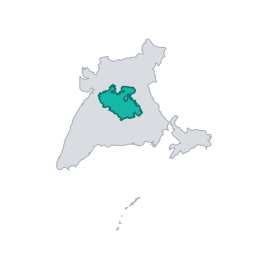 Madhya Pradesh on a map of India (Robinson projection), rotated 41°
{"feature_id": "IND-3261", "entity_name": "Madhya Pradesh", "entity_type": "State", "adm_level": 1, "iso_a3": "IND", "parent_name": "India", "parent_adm1": "", "projection": "robinson", "projection_center": [78.282, 23.967], "detail": "fine", "context": "in_parent", "style": "filled", "palette": "teal", "viewbox_px": 256, "rotation_deg": 41, "n_neighbors": 0, "source": "natural_earth", "source_scale": "10m", "svg_char_len": 9230}
<svg xmlns="http://www.w3.org/2000/svg" viewBox="0 0 256 256"><g transform="rotate(41 128 128)"><path d="M54.1,111.8L57.0,111.2L57.3,109.1L62.5,110.0L66.0,108.5L67.2,109.6L68.9,108.6L67.0,101.1L65.0,100.9L64.2,99.7L64.5,96.1L61.3,94.7L61.5,92.5L66.0,87.1L67.9,89.0L73.4,87.5L75.8,82.8L78.6,81.2L81.1,75.9L83.3,74.9L83.8,72.9L87.5,69.3L86.9,68.4L87.1,64.7L91.0,62.4L90.5,61.4L87.8,60.7L87.7,59.1L86.2,59.1L86.0,57.8L84.5,56.6L85.2,54.7L84.4,53.4L85.8,52.1L84.1,51.3L84.4,50.4L83.5,49.6L84.4,47.9L86.1,47.3L93.0,48.8L97.4,47.4L103.3,43.0L104.5,43.0L104.4,44.4L105.9,48.2L109.1,50.0L107.9,51.7L108.3,54.8L109.9,56.7L110.4,60.7L108.9,61.5L107.8,60.1L106.2,60.6L108.0,63.9L108.0,67.6L109.8,67.2L111.8,69.6L115.1,70.8L115.3,72.1L119.4,74.5L116.4,77.1L114.7,82.4L123.7,88.1L127.9,89.2L128.2,90.1L131.0,91.0L135.1,90.3L137.7,91.4L138.1,93.0L140.9,94.7L142.6,94.2L143.8,95.6L154.9,96.9L155.7,94.8L154.8,92.4L155.5,87.6L157.6,86.7L158.8,87.3L158.6,90.1L159.3,91.3L158.6,92.2L160.7,94.3L163.8,95.0L166.8,93.9L168.8,94.6L175.1,94.1L175.5,91.5L173.0,89.9L173.1,88.7L177.7,88.0L181.1,83.6L183.7,83.0L187.9,79.5L191.8,81.2L194.9,78.7L196.6,79.9L195.5,80.9L195.6,81.8L197.0,81.1L197.8,82.8L196.4,84.9L198.0,84.6L201.7,86.0L201.9,87.7L199.6,89.7L200.9,92.5L199.0,91.3L196.2,91.7L191.0,95.6L191.2,98.9L188.5,103.2L189.2,104.8L186.5,111.7L182.4,110.6L182.7,116.1L181.7,116.7L181.7,121.4L180.5,122.9L179.5,122.0L178.8,122.9L176.9,112.8L175.3,112.8L173.8,117.0L172.8,115.7L172.2,116.3L171.4,113.4L172.4,110.4L175.0,109.8L176.1,108.6L176.7,105.8L177.9,105.4L175.7,104.0L167.5,104.1L164.4,103.3L164.3,99.5L163.4,97.9L162.9,99.1L162.0,99.1L160.1,96.7L159.2,97.6L156.8,95.8L157.2,96.9L155.4,99.8L159.9,103.5L157.4,103.9L155.3,107.3L158.9,109.3L158.2,112.9L159.0,115.4L160.0,115.8L160.8,124.8L159.8,124.3L159.3,125.3L158.7,122.1L158.4,124.8L156.9,124.2L156.1,125.0L156.4,122.0L155.1,120.6L156.2,122.1L155.2,123.8L150.9,125.8L149.6,127.3L150.3,130.5L149.2,132.8L147.3,134.6L146.6,134.3L146.5,135.3L143.2,136.5L142.8,135.3L141.5,136.1L141.2,137.0L142.5,136.8L139.1,139.8L135.7,144.7L126.7,151.8L126.2,155.0L123.7,156.4L121.2,156.3L119.6,159.7L117.9,158.9L116.1,160.0L114.9,163.8L116.2,173.2L115.4,171.8L114.9,172.5L116.4,173.9L113.0,186.0L113.9,186.7L113.8,191.9L111.1,192.3L109.1,196.4L109.6,197.8L111.6,198.6L109.3,198.1L106.4,199.1L105.2,200.4L104.6,203.4L101.7,205.2L99.4,203.8L96.7,200.3L95.5,197.1L95.1,194.2L96.2,196.6L95.6,194.3L92.4,185.8L88.4,178.6L85.5,167.2L83.3,163.8L82.7,160.3L81.9,160.0L80.2,155.6L77.9,142.7L78.6,140.4L78.4,139.6L77.7,140.7L77.5,140.1L77.6,138.8L78.5,138.9L77.5,138.4L76.9,135.6L78.1,130.7L76.7,126.5L77.3,125.9L76.7,126.0L79.3,124.3L76.3,124.6L77.2,123.0L76.2,122.9L76.4,121.9L77.7,121.4L74.5,121.2L75.0,122.3L73.8,123.8L74.9,125.6L73.6,127.8L68.5,130.3L65.7,129.7L58.1,121.1L58.5,120.2L59.7,121.1L64.3,119.4L65.9,116.4L61.7,118.3L59.5,117.8L56.5,115.8L55.4,113.5L57.3,111.8L54.5,113.4L54.1,111.8ZM180.7,184.7L179.7,182.7L181.0,180.6L181.3,173.9L182.3,172.8L181.5,176.4L182.0,178.8L181.4,179.4L180.7,184.7ZM186.7,210.2L186.8,213.0L185.9,211.5L186.7,210.2ZM179.7,190.5L179.0,190.6L178.9,189.4L179.7,188.5L179.7,190.5ZM184.3,205.5L184.3,206.4L184.1,205.6L184.3,205.5ZM185.1,204.4L184.9,205.5L185.0,204.3L185.1,204.4ZM186.0,209.1L185.8,210.0L185.5,209.7L186.0,209.1ZM181.3,198.7L180.9,198.7L181.1,198.3L181.3,198.7ZM180.6,185.1L180.1,185.6L180.3,184.9L180.6,185.1ZM182.2,181.8L182.5,182.6L181.9,182.0L182.2,181.8ZM183.1,204.2L182.7,204.0L182.9,203.6L183.1,204.2ZM180.6,176.4L180.4,177.2L180.5,176.3L180.6,176.4Z" fill="#d9dde1" stroke="#a8b0b8" stroke-width="1"/><path d="M105.9,94.0L107.1,94.6L107.9,94.4L107.9,94.5L108.1,94.5L108.3,94.6L108.6,95.0L109.0,95.0L109.1,95.6L109.6,96.4L109.6,96.9L109.7,97.1L109.4,97.4L109.0,97.6L109.1,98.0L108.9,98.3L109.1,98.5L108.4,100.1L108.0,100.4L108.0,100.7L108.1,101.2L107.1,101.7L106.2,101.8L106.0,102.3L105.6,102.7L106.1,103.9L105.9,105.0L105.1,105.8L105.4,106.3L105.7,107.3L105.4,107.9L105.7,108.3L106.1,108.6L106.0,108.9L106.1,109.1L106.4,109.1L106.6,108.6L106.8,108.5L107.6,109.2L108.1,109.3L108.2,109.6L108.4,109.7L109.2,108.5L109.3,108.2L108.9,108.1L109.0,107.8L108.7,107.3L108.5,107.1L108.0,107.2L107.9,107.1L108.0,106.7L108.0,105.9L107.6,105.4L107.4,104.4L107.2,103.8L106.9,103.4L107.2,102.9L107.2,102.6L107.6,102.6L108.0,103.0L108.1,102.5L107.9,102.3L108.0,102.1L108.3,101.9L108.3,102.5L108.5,102.6L108.6,102.1L108.8,101.9L108.9,102.1L108.9,102.4L109.1,102.4L109.2,102.5L109.0,103.3L108.7,103.6L108.7,104.0L109.3,103.6L109.4,103.4L109.6,103.5L109.4,103.8L109.5,104.0L109.9,103.9L110.0,104.2L110.8,104.1L110.8,103.9L110.7,103.3L110.9,102.9L111.0,103.0L110.8,103.4L110.9,103.6L111.2,103.4L111.6,103.3L111.1,104.2L111.0,104.5L111.4,104.6L111.4,104.2L111.6,104.2L111.7,104.4L111.8,104.4L112.2,104.0L112.7,104.2L113.3,104.1L113.4,104.3L113.8,104.1L113.6,103.7L114.0,103.5L114.9,102.9L115.1,103.0L115.4,102.6L115.8,102.6L116.0,102.8L116.1,103.3L116.5,103.6L116.6,103.9L116.0,104.5L115.8,104.5L115.8,104.8L116.0,105.0L116.5,105.0L116.5,104.7L116.7,104.9L116.9,104.9L117.1,104.8L116.8,104.6L116.8,104.4L117.2,104.4L117.3,104.1L117.7,104.6L118.1,104.6L118.1,104.4L117.8,104.2L118.4,104.1L118.5,103.8L118.8,103.9L118.3,105.1L118.5,105.2L119.0,105.1L119.2,105.3L119.6,105.2L120.0,105.6L120.2,105.4L120.5,105.3L120.4,105.0L120.7,104.5L120.8,104.0L121.4,104.1L121.4,104.4L121.7,104.4L121.9,104.3L121.7,104.1L122.3,103.9L122.5,104.5L123.1,104.7L123.4,104.9L123.8,104.9L124.0,105.2L124.0,105.5L124.4,105.8L124.8,105.9L125.2,106.2L125.7,106.0L125.7,106.4L125.8,106.5L126.0,106.3L126.0,106.7L126.3,106.9L126.2,107.2L126.7,107.2L126.8,106.7L127.7,106.9L128.2,106.7L128.3,106.9L128.6,107.0L128.8,107.5L128.7,107.6L128.4,107.7L128.4,108.4L128.5,108.6L128.5,109.0L128.4,109.7L128.1,109.9L128.4,110.3L128.4,110.6L128.7,111.0L128.6,111.3L128.1,111.6L127.9,111.9L127.2,112.3L125.1,112.1L124.7,111.9L124.3,111.9L123.7,112.2L123.0,111.6L122.7,111.8L123.1,112.7L122.9,113.0L122.7,113.2L122.6,113.6L122.8,114.0L123.4,113.7L124.3,114.0L124.9,114.7L125.3,114.7L125.6,115.1L125.5,116.0L125.3,116.3L125.1,116.3L124.4,116.6L124.4,117.2L123.6,117.9L123.5,118.9L123.0,119.2L122.9,119.5L122.4,119.7L121.7,120.2L121.4,119.9L120.8,120.2L120.6,120.0L120.4,120.0L120.2,120.4L120.2,121.1L119.8,121.6L119.7,122.0L119.6,122.4L119.5,122.5L119.3,122.2L119.1,122.3L118.8,123.1L118.7,124.0L118.3,124.3L118.2,125.9L118.0,126.6L117.7,126.8L117.0,126.3L116.6,126.4L116.6,126.1L116.6,125.9L116.2,125.6L116.1,125.3L115.5,124.9L114.5,125.5L114.3,125.4L113.7,125.6L113.5,125.3L113.3,125.2L112.8,125.3L112.3,125.5L112.1,125.1L111.9,124.8L110.7,124.5L110.5,124.8L109.1,125.2L109.0,125.3L109.0,125.6L108.4,125.8L107.5,125.9L106.8,125.6L106.5,125.7L106.4,125.1L106.1,125.0L105.9,125.2L105.3,125.5L104.7,126.0L103.8,126.3L103.2,126.2L102.7,126.5L102.4,126.4L102.1,126.4L101.8,126.2L101.7,126.4L101.4,125.8L101.4,125.6L102.1,125.5L102.0,124.5L101.6,124.2L100.9,124.1L100.3,124.6L100.1,124.4L99.7,124.4L99.3,124.6L98.7,125.1L98.2,125.2L98.0,125.9L97.7,126.3L97.3,126.7L97.4,127.2L97.2,127.5L96.6,127.7L96.1,128.1L95.5,128.3L94.9,128.2L94.6,127.8L94.6,127.7L94.8,127.6L94.7,127.1L94.5,126.5L93.4,126.4L91.6,126.5L90.0,126.3L89.6,126.1L89.3,125.6L89.0,125.3L88.2,125.1L87.4,125.1L86.5,124.5L86.3,124.0L86.3,123.1L85.9,122.7L85.1,123.2L84.5,123.1L84.5,122.4L84.2,121.6L84.1,120.9L84.3,120.7L84.5,120.9L84.8,120.8L85.1,120.5L84.8,120.3L84.3,120.3L84.0,120.0L84.0,119.8L84.6,119.8L85.2,119.2L85.7,119.0L86.2,117.9L86.0,117.6L85.7,117.6L85.5,116.7L85.8,116.5L86.3,116.5L87.5,115.9L87.2,115.5L86.6,115.4L86.5,115.2L86.8,114.7L87.1,114.4L88.2,113.8L88.6,112.9L88.5,111.8L88.8,110.7L88.5,110.3L88.3,109.6L88.1,109.4L87.6,109.4L87.8,108.8L88.2,108.4L88.2,108.2L87.6,108.0L87.5,107.9L87.9,107.0L87.8,106.6L87.9,106.3L88.0,106.7L88.4,107.0L88.8,106.9L88.9,106.4L88.2,106.2L88.1,105.5L88.3,105.5L89.0,105.9L89.3,105.7L89.5,105.7L89.5,105.2L89.7,104.8L90.6,104.7L90.5,105.1L90.6,105.4L90.3,105.4L90.3,105.6L90.5,105.7L91.0,105.6L90.8,106.0L90.5,106.0L90.0,105.7L90.1,106.1L89.9,106.4L90.0,106.6L91.3,106.8L92.3,106.6L92.8,106.4L93.1,106.7L93.1,107.0L93.4,107.4L93.5,108.0L93.3,108.2L92.9,108.0L92.7,108.5L92.8,108.9L93.1,109.2L92.8,109.9L93.1,110.4L92.7,111.0L92.5,110.8L92.2,111.0L91.7,110.7L91.5,111.0L91.5,111.4L91.9,111.7L92.0,112.0L92.5,112.2L92.7,111.8L92.7,111.5L93.0,111.7L94.0,111.2L94.0,110.7L94.7,110.2L94.7,109.1L95.0,108.9L95.1,109.1L95.2,109.3L96.4,109.4L96.7,109.7L96.9,109.7L97.1,109.3L97.5,109.1L97.4,109.5L97.5,109.6L98.0,110.0L98.5,109.9L98.6,109.6L98.3,109.0L98.2,107.6L98.6,107.6L98.7,108.0L98.8,108.0L99.4,107.8L99.5,107.5L99.3,106.8L99.0,106.6L98.4,106.5L98.1,106.1L98.1,105.9L98.6,105.7L98.4,105.0L98.5,104.8L99.2,104.5L100.2,104.3L100.9,104.4L101.1,104.2L101.2,103.8L101.0,103.4L101.1,103.1L100.9,102.9L101.0,102.6L100.9,102.4L100.6,102.4L100.4,102.6L100.1,103.0L99.7,102.9L98.8,103.2L98.5,103.0L98.0,103.1L97.7,102.8L97.4,102.8L97.2,102.5L96.9,102.3L96.8,101.8L96.6,100.8L96.7,100.6L96.8,100.2L97.4,99.6L97.9,99.6L98.7,98.5L99.2,98.3L99.3,98.1L99.6,98.0L99.8,97.7L100.3,97.7L100.9,97.0L101.3,97.0L101.5,96.7L101.8,96.7L102.3,96.3L102.8,96.1L103.4,95.7L103.7,95.4L103.8,95.2L104.3,95.0L104.7,95.1L104.8,94.4L105.1,94.5L105.1,94.3L105.6,94.3L105.7,94.1L105.9,94.0Z" fill="#14b8a6" stroke="#0f766e" stroke-width="1.5"/></g></svg>